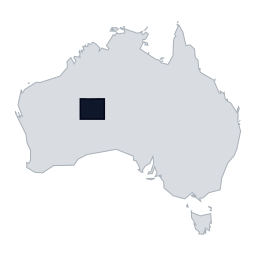 Ngaanyatjarraku, Western Australia, Australia (highlighted)
{"feature_id": "25037944B86885707589826", "entity_name": "Ngaanyatjarraku", "entity_type": "district", "adm_level": 2, "iso_a3": "AUS", "parent_name": "Australia", "parent_adm1": "Western Australia", "projection": "mercator", "projection_center": [128.838, -25.094], "detail": "fine", "context": "in_parent", "style": "filled", "palette": "ink", "viewbox_px": 256, "rotation_deg": 0, "n_neighbors": 0, "source": "geoboundaries", "source_scale": "gbopen_adm2", "svg_char_len": 4065}
<svg xmlns="http://www.w3.org/2000/svg" viewBox="0 0 256 256"><path d="M182.8,32.0L186.0,45.6L190.0,44.9L194.5,49.0L195.3,57.4L198.0,60.3L198.6,68.3L200.6,72.4L213.7,80.1L219.0,92.9L220.5,93.5L220.7,91.3L223.6,93.6L224.1,92.4L225.3,99.0L227.0,101.0L230.8,103.0L238.1,114.3L237.9,121.9L240.6,131.2L236.9,148.9L234.3,155.4L227.8,163.0L221.7,178.1L220.2,189.8L208.8,192.7L203.2,197.8L199.7,198.3L200.7,201.3L195.1,196.9L195.9,195.9L195.5,194.9L194.5,194.8L192.7,196.7L191.3,195.5L193.6,193.8L192.3,192.4L184.8,198.9L173.1,195.7L164.0,187.9L163.7,181.8L159.5,176.4L161.3,176.6L161.2,175.0L155.2,176.6L157.0,172.6L154.6,166.9L152.4,173.4L148.0,174.1L148.7,171.9L150.8,171.9L153.8,162.9L152.9,156.3L149.9,163.3L145.4,165.9L142.5,170.2L142.9,172.3L141.1,172.1L138.2,169.7L140.0,169.6L138.7,165.5L136.0,160.8L133.6,160.2L133.3,156.1L116.2,149.3L87.2,154.5L77.9,159.2L73.9,165.2L53.6,165.6L42.6,172.8L35.1,172.4L26.8,167.5L26.7,162.5L28.7,163.3L30.5,160.4L30.6,150.5L27.2,143.2L25.9,134.2L16.7,115.6L20.3,117.6L18.2,112.0L19.7,115.3L22.4,116.3L18.0,104.9L21.3,89.5L22.0,93.1L25.1,89.2L36.2,82.2L40.1,82.6L60.0,76.1L67.4,67.3L67.0,61.6L70.9,57.6L74.2,63.9L75.9,60.4L73.8,57.9L74.4,56.4L80.9,57.4L78.8,56.8L80.2,54.3L79.0,52.2L82.5,51.9L81.2,50.3L84.1,50.0L83.1,47.7L85.6,45.1L85.8,46.6L87.8,46.4L88.0,43.5L90.8,44.5L92.7,42.1L95.7,43.8L99.8,47.9L99.1,51.2L101.9,48.0L107.8,50.1L109.0,48.3L106.4,45.8L113.3,34.7L114.6,35.4L117.0,32.6L117.8,33.8L124.8,32.9L124.6,30.3L119.9,28.3L120.7,27.6L137.7,33.3L142.6,31.3L141.4,33.4L143.5,34.6L146.0,32.0L148.3,34.2L145.6,39.2L142.7,39.6L142.8,43.2L140.0,48.9L155.5,59.2L159.7,60.3L161.0,62.8L168.0,64.5L173.0,55.5L173.4,42.5L174.2,37.6L175.9,36.4L174.6,34.2L178.8,24.9L182.8,32.0ZM191.3,212.3L200.2,215.9L210.7,213.6L211.4,223.7L210.7,221.9L209.7,224.0L209.4,230.8L205.6,228.0L203.3,234.3L198.7,233.8L199.6,232.0L195.6,229.0L194.0,223.8L195.8,224.7L191.6,217.6L191.3,212.3ZM112.0,27.7L116.8,27.7L118.3,29.1L115.1,31.8L112.0,27.7ZM146.1,178.5L154.8,178.3L151.1,179.8L146.1,178.5ZM147.0,42.5L148.0,45.3L144.9,44.8L145.4,42.8L147.0,42.5ZM237.7,113.0L237.4,109.6L238.6,106.7L239.2,108.8L237.7,113.0ZM208.2,206.5L211.2,207.3L211.3,208.7L208.2,206.5ZM111.5,28.5L113.2,31.2L110.1,31.0L111.5,28.5ZM188.2,207.1L186.5,206.7L187.4,204.4L188.2,207.1ZM163.5,58.0L162.1,58.9L160.6,59.4L161.3,57.8L163.5,58.0ZM16.7,114.8L15.5,113.2L15.4,111.6L15.6,111.6L16.7,114.8ZM210.6,210.0L211.8,210.9L209.6,210.2L210.6,210.0ZM226.3,99.4L227.5,99.4L227.5,100.9L226.3,99.4ZM199.0,68.1L200.3,69.0L200.1,69.5L199.0,68.1ZM205.6,231.7L205.7,233.4L204.6,232.9L205.6,231.7ZM239.6,123.2L239.7,125.1L239.6,123.2ZM124.4,27.5L123.6,26.8L124.1,26.4L124.4,27.5ZM147.2,27.7L146.0,29.1L147.4,26.7L147.2,27.7ZM239.8,120.9L239.2,121.6L239.6,120.9L239.8,120.9ZM149.0,53.1L148.3,53.4L148.6,52.7L149.0,53.1ZM144.6,42.4L143.7,42.6L144.2,41.7L144.6,42.4ZM29.1,82.3L28.9,83.5L28.5,83.4L29.1,82.3ZM177.4,24.3L177.4,25.2L177.0,24.6L177.4,24.3ZM194.5,195.4L194.8,196.1L194.5,195.9L194.5,195.4ZM145.7,29.5L144.1,30.4L145.7,29.2L145.7,29.5ZM83.2,46.3L82.6,47.0L83.0,46.2L83.2,46.3ZM206.2,230.5L205.6,230.8L205.9,230.2L206.2,230.5ZM162.8,61.4L161.9,61.4L162.4,60.8L162.8,61.4ZM79.9,51.4L79.5,51.7L79.5,50.9L79.9,51.4ZM210.5,227.0L209.7,227.4L209.9,226.5L210.5,227.0ZM177.9,21.7L177.8,22.4L177.4,22.1L177.9,21.7ZM194.1,196.4L194.9,197.1L193.6,196.9L194.1,196.4ZM215.3,80.0L214.7,80.1L215.0,79.3L215.3,80.0ZM220.2,91.1L219.9,91.1L220.1,90.5L220.2,91.1ZM191.7,211.1L191.5,211.7L191.3,210.9L191.7,211.1Z" fill="#d9dde1" stroke="#a8b0b8" stroke-width="1"/><path d="M104.3,114.5L104.3,112.4L104.3,103.1L104.3,101.2L104.3,98.9L101.4,98.9L97.7,98.9L87.7,99.0L84.8,98.9L82.3,98.9L80.9,98.9L80.3,98.9L80.3,104.8L80.3,110.9L80.3,119.1L82.2,119.1L86.3,119.1L90.2,119.1L94.0,119.1L100.6,119.1L102.1,119.1L104.3,119.1L104.3,118.9L104.3,118.7L104.3,118.4L104.3,118.2L104.3,117.9L104.3,117.7L104.3,117.4L104.3,117.2L104.3,116.9L104.3,116.7L104.3,116.4L104.3,116.2L104.3,115.9L104.3,115.7L104.3,115.4L104.3,115.2L104.3,114.9L104.3,114.7L104.3,114.5Z" fill="#0f172a" stroke="#020617" stroke-width="1.5"/></svg>